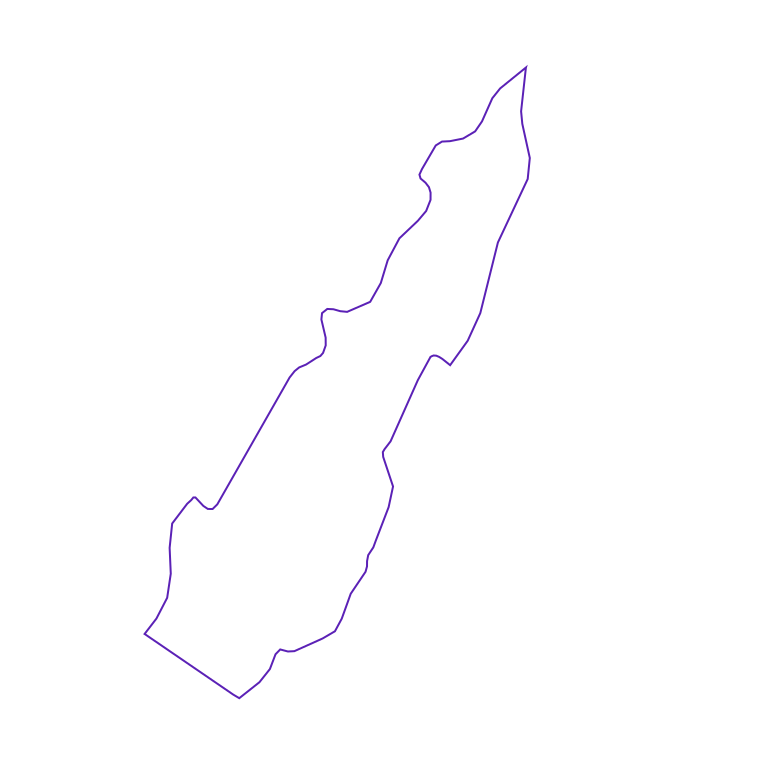 the border of Plateau, rotated 214°
{"feature_id": "BEN-2179", "entity_name": "Plateau", "entity_type": "Department", "adm_level": 1, "iso_a3": "BEN", "parent_name": "Benin", "parent_adm1": "", "projection": "robinson", "projection_center": [2.644, 7.082], "detail": "fine", "context": "isolated", "style": "outline", "palette": "violet", "viewbox_px": 768, "rotation_deg": 214, "n_neighbors": 0, "source": "natural_earth", "source_scale": "10m", "svg_char_len": 1308}
<svg xmlns="http://www.w3.org/2000/svg" viewBox="0 0 768 768"><g transform="rotate(214 384 384)"><path d="M442.7,42.9L441.5,62.3L444.2,85.5L454.7,107.5L470.1,128.3L481.6,149.9L480.2,174.7L478.9,180.0L478.6,183.3L476.9,184.5L465.6,181.9L460.2,181.9L456.2,184.5L454.9,191.0L465.9,336.6L465.3,344.7L463.6,350.3L459.5,356.5L454.7,367.7L452.4,371.6L451.9,375.7L453.9,383.4L458.3,389.8L472.0,402.5L475.0,408.1L473.0,414.5L467.7,417.7L461.0,419.9L454.9,423.2L441.4,444.4L443.1,465.9L450.1,488.6L452.7,513.4L447.2,538.2L445.8,551.0L448.4,562.7L452.4,568.7L456.8,572.3L462.2,574.1L468.6,574.8L471.7,577.4L472.7,583.4L474.5,610.7L471.5,617.4L465.1,622.2L455.7,631.7L449.7,644.4L449.6,656.5L454.0,681.5L453.0,694.0L443.3,725.8L443.2,725.5L422.8,686.7L414.8,677.0L389.5,652.9L379.5,634.3L368.7,565.0L343.8,496.6L338.8,466.7L339.7,436.6L349.6,437.4L353.4,437.3L356.5,436.7L358.8,435.4L360.0,433.7L360.4,432.8L360.6,432.5L360.6,432.4L358.1,406.1L346.5,340.2L347.1,330.2L346.9,326.9L343.9,323.1L319.2,304.1L311.3,284.5L303.2,249.5L301.5,242.6L301.4,233.3L299.0,227.7L296.1,223.3L294.3,218.0L294.3,191.5L291.5,180.5L287.8,165.8L286.4,151.6L292.6,138.7L308.9,112.4L314.1,108.5L321.6,105.9L322.8,99.3L319.2,83.9L320.5,67.2L328.3,42.6L335.3,42.2L442.5,42.9L442.7,42.9Z" fill="none" stroke="#5b21b6" stroke-width="2"/></g></svg>